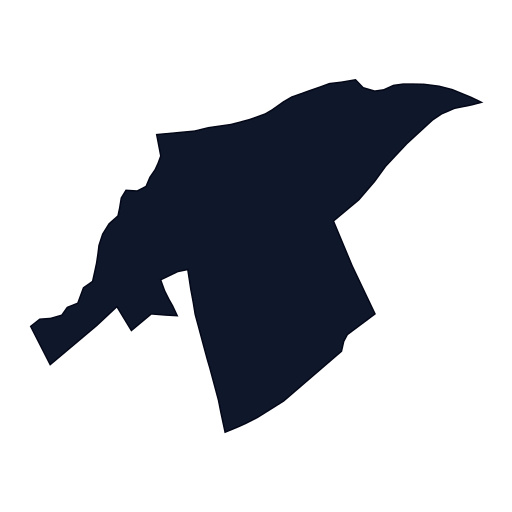 outline of Embakasi West, Nairobi, Kenya
{"feature_id": "3690345B73871814801291", "entity_name": "Embakasi West", "entity_type": "district", "adm_level": 2, "iso_a3": "KEN", "parent_name": "Kenya", "parent_adm1": "Nairobi", "projection": "albers", "projection_center": [36.887, -1.273], "detail": "fine", "context": "isolated", "style": "filled", "palette": "ink", "viewbox_px": 512, "rotation_deg": 0, "n_neighbors": 0, "source": "geoboundaries", "source_scale": "gbopen_adm2", "svg_char_len": 1205}
<svg xmlns="http://www.w3.org/2000/svg" viewBox="0 0 512 512"><path d="M481.3,102.3L471.2,97.4L452.2,89.6L438.9,86.2L423.9,84.3L413.8,84.1L403.0,84.1L393.5,85.4L383.8,89.8L374.7,91.1L363.1,87.7L355.5,79.8L341.4,82.2L329.4,83.6L320.5,86.9L309.5,90.7L299.8,94.2L291.8,97.0L283.7,101.7L272.0,110.0L265.1,114.0L249.5,119.6L231.0,124.5L208.5,127.7L194.5,131.1L156.7,134.6L160.8,156.0L158.1,163.3L155.1,169.8L150.0,177.2L146.1,186.4L137.2,191.0L126.0,190.3L121.3,198.0L119.7,207.9L118.0,215.9L109.1,223.8L102.7,234.1L99.0,245.4L98.0,253.7L96.6,263.1L94.7,272.0L92.6,281.4L83.5,287.8L77.8,303.2L67.3,307.4L61.8,315.2L50.7,318.4L39.8,319.2L30.7,326.4L50.2,364.6L96.7,325.5L116.9,306.6L131.4,330.5L151.3,313.9L165.0,315.0L177.2,315.7L172.5,305.7L168.9,299.4L164.6,290.8L160.6,279.8L177.6,271.6L187.8,269.5L190.8,289.2L193.3,302.7L195.2,314.4L198.7,327.3L204.2,347.9L207.4,359.7L209.9,368.2L218.5,400.3L220.9,412.5L225.1,432.2L239.1,426.4L246.1,423.2L257.3,417.5L283.6,401.0L341.5,351.2L343.7,341.4L347.3,334.6L375.0,313.9L352.2,266.0L333.4,221.0L358.8,199.8L374.5,181.5L385.7,166.1L406.7,143.7L432.5,120.0L441.5,113.9L454.5,108.3L471.9,104.8L481.3,102.3Z" fill="#0f172a" stroke="#020617" stroke-width="1.5"/></svg>